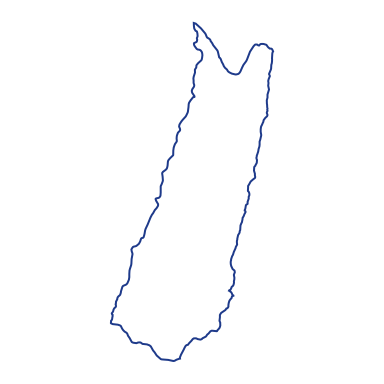 the district of Wiang Kaen, Chiang Rai, Thailand
{"feature_id": "78962969B86753630377250", "entity_name": "Wiang Kaen", "entity_type": "district", "adm_level": 2, "iso_a3": "THA", "parent_name": "Thailand", "parent_adm1": "Chiang Rai", "projection": "equal_earth", "projection_center": [100.476, 20.016], "detail": "fine", "context": "isolated", "style": "outline", "palette": "blue", "viewbox_px": 384, "rotation_deg": 0, "n_neighbors": 0, "source": "geoboundaries", "source_scale": "gbopen_adm2", "svg_char_len": 5990}
<svg xmlns="http://www.w3.org/2000/svg" viewBox="0 0 384 384"><path d="M131.4,249.4L131.7,251.2L132.4,253.3L132.5,254.2L131.6,259.1L131.4,263.5L131.2,265.0L129.9,269.0L129.5,270.6L129.3,273.9L129.3,277.2L128.9,279.7L127.4,283.2L126.5,284.3L125.7,284.8L123.5,285.7L122.9,286.1L122.4,286.8L121.0,291.3L120.8,292.8L120.2,294.7L119.6,295.4L118.4,296.4L117.7,297.3L117.3,298.4L117.3,299.1L116.0,301.7L115.9,303.5L115.6,304.2L115.9,304.9L115.9,306.6L115.3,307.4L114.6,307.9L114.0,308.7L113.5,309.7L113.2,311.1L112.9,311.8L111.8,313.3L112.0,314.1L112.7,315.0L112.5,315.6L112.6,316.2L112.3,317.6L112.2,318.5L112.0,319.5L111.6,320.2L111.1,320.7L110.9,323.1L111.0,323.3L112.7,324.1L117.9,324.7L119.7,325.3L120.6,325.8L120.9,326.1L122.1,328.6L123.2,330.2L124.6,331.6L126.4,332.7L126.9,333.2L127.3,333.8L128.0,335.7L129.6,338.0L131.7,341.9L131.9,342.1L133.2,342.7L135.9,343.1L136.6,343.1L138.1,342.5L139.5,342.4L140.6,342.5L142.5,343.9L147.0,344.4L149.4,345.3L150.8,346.4L153.1,350.5L154.6,352.3L156.7,355.5L160.8,359.1L161.8,359.4L168.2,359.9L173.3,361.0L174.6,360.8L176.5,359.7L179.4,358.7L180.0,358.6L179.9,358.1L179.9,357.5L181.0,354.7L183.5,350.0L184.7,347.5L185.7,345.8L186.6,345.1L187.9,344.8L189.1,343.2L191.5,340.7L192.7,339.1L193.8,338.4L195.5,338.3L196.3,338.4L197.7,339.1L199.4,339.4L200.3,339.6L201.1,339.4L201.9,339.0L202.5,338.3L205.8,336.6L206.4,335.9L207.2,334.6L208.5,333.6L210.3,331.4L211.4,330.8L212.0,330.7L216.8,331.2L217.1,331.0L217.5,330.2L218.1,329.6L219.4,328.1L220.0,326.7L220.3,325.4L220.2,322.5L219.7,321.4L219.5,320.8L219.9,317.4L219.9,315.0L220.1,314.6L220.8,313.4L221.3,312.8L225.0,310.3L225.4,310.0L226.4,308.5L227.2,308.3L228.0,307.5L228.4,306.6L228.4,305.0L228.7,303.1L229.0,302.0L229.4,300.8L230.1,299.7L231.6,298.0L231.9,296.6L232.1,296.3L232.4,296.0L233.4,295.8L233.4,295.5L232.8,295.1L232.3,294.6L231.9,293.5L231.5,292.7L230.9,292.0L229.9,291.3L229.7,291.0L229.0,290.7L229.2,290.3L230.5,289.7L231.3,288.1L231.4,287.6L231.7,286.9L232.9,285.9L233.5,284.9L234.0,282.8L233.9,281.3L234.3,279.5L234.4,277.7L233.9,275.2L233.9,274.7L234.8,272.3L234.6,270.9L234.3,270.4L232.7,269.1L232.4,268.6L231.8,267.2L231.4,266.5L231.1,265.5L230.8,264.2L230.7,262.5L230.8,261.1L231.1,260.2L231.1,259.3L232.1,256.3L233.0,254.7L233.8,252.0L235.5,248.3L235.8,247.0L237.1,244.6L236.9,242.4L236.9,241.0L237.3,239.5L237.3,238.7L238.1,235.1L239.3,233.2L239.6,232.5L239.7,231.2L240.2,230.1L240.5,225.4L241.3,223.4L241.9,222.3L242.5,219.3L242.6,217.9L243.6,216.3L244.4,214.2L245.5,212.2L245.5,211.4L245.3,211.1L244.7,210.6L244.7,210.2L244.8,209.9L245.3,208.8L245.9,205.3L246.4,204.6L247.4,204.1L247.6,203.6L247.6,201.8L248.7,198.7L248.7,196.8L249.3,195.4L249.4,194.1L249.2,193.0L248.6,191.6L248.0,191.1L247.9,190.5L248.1,187.7L248.1,186.0L249.1,184.4L250.7,181.5L253.2,179.3L254.7,178.2L255.1,177.7L255.2,176.8L254.9,175.4L254.9,173.7L254.0,170.7L254.2,167.4L254.4,166.7L255.3,165.8L255.8,164.5L256.5,163.5L256.8,162.5L257.0,160.0L256.5,158.6L256.4,157.8L256.7,156.7L256.8,155.6L257.4,154.0L258.2,151.5L258.6,149.0L259.4,146.5L259.6,144.8L259.6,141.6L260.2,139.8L261.2,135.5L261.2,134.7L260.7,131.9L260.7,129.2L261.0,127.0L261.3,126.1L262.0,124.8L262.6,123.3L263.3,121.9L263.6,120.3L263.8,119.9L265.3,117.9L267.0,116.3L267.4,115.5L267.4,114.5L266.9,113.4L266.8,112.6L267.0,111.8L267.5,110.9L267.4,110.3L267.2,109.8L267.5,108.7L267.2,107.3L267.1,104.8L266.9,103.6L266.8,100.2L267.5,97.6L267.5,94.6L269.0,89.5L268.2,85.7L268.5,83.0L268.2,81.0L268.7,79.0L269.8,76.3L269.7,75.5L269.1,74.3L269.1,73.8L270.8,69.7L271.1,68.7L271.3,64.9L271.8,63.2L272.0,61.5L272.1,59.1L272.0,58.6L272.3,53.6L272.5,52.6L273.1,51.4L272.8,51.0L272.8,50.6L272.6,50.2L271.9,49.0L271.1,48.6L269.8,48.6L268.4,47.5L267.6,46.6L266.6,45.1L266.3,44.8L263.7,44.0L262.3,43.9L260.8,44.0L260.2,44.3L259.1,45.5L258.3,45.4L257.2,44.6L256.8,44.5L255.6,44.5L255.0,44.7L254.4,45.3L253.5,46.3L250.0,51.7L246.9,59.8L246.1,61.3L243.5,64.8L242.2,67.4L240.4,71.5L239.6,72.7L238.9,73.5L238.1,74.0L235.9,74.5L234.7,74.3L231.8,73.6L229.4,72.4L228.4,71.7L227.7,70.9L227.0,69.6L224.9,67.7L223.7,65.9L223.2,64.5L221.8,62.0L220.7,59.0L219.9,57.9L219.2,57.4L217.9,51.8L217.4,50.5L213.2,45.2L212.2,43.2L210.6,41.0L210.4,40.2L210.0,39.5L208.8,38.5L207.2,37.6L206.7,36.8L205.7,34.3L205.1,33.3L201.0,28.4L195.7,23.6L193.8,23.0L193.9,25.8L194.2,28.3L194.7,29.4L195.6,30.8L196.8,31.4L197.0,31.8L197.4,33.5L197.6,35.8L197.5,36.6L196.9,38.0L196.9,38.7L197.2,39.7L197.0,40.9L196.7,41.7L196.4,42.0L194.1,43.1L193.9,43.8L194.1,45.0L194.7,46.2L196.7,48.9L197.7,49.5L199.1,49.7L200.0,50.0L200.6,50.4L201.2,51.1L201.8,52.0L202.1,52.9L202.3,54.1L202.4,55.3L202.1,57.7L201.7,59.6L201.2,60.4L198.2,63.1L196.7,64.9L196.4,65.5L196.3,66.9L196.2,67.6L195.1,69.3L194.9,69.8L195.0,72.6L193.7,76.7L193.4,78.5L193.6,80.5L193.6,83.0L194.2,84.9L194.2,85.8L193.9,86.8L192.3,89.2L191.8,90.7L191.9,91.8L192.2,92.8L194.4,96.1L194.5,96.8L194.3,97.0L193.4,97.0L192.8,97.6L190.5,100.5L189.1,102.7L188.7,104.1L188.5,107.1L187.9,111.7L187.6,112.7L186.1,115.8L185.6,116.6L182.7,119.8L181.5,121.3L180.7,122.5L179.5,124.5L179.3,125.4L179.1,126.4L179.2,126.9L179.9,128.5L180.1,129.5L180.1,130.0L180.0,130.4L179.7,130.9L178.3,132.3L177.9,132.8L177.0,135.3L176.8,136.1L176.6,138.4L176.8,140.5L176.8,141.2L176.6,141.7L174.9,144.2L174.1,146.4L173.7,147.7L173.3,150.5L173.2,155.0L173.0,155.4L170.3,158.0L168.8,159.7L168.2,160.6L167.9,161.7L167.6,165.4L167.3,167.0L166.8,168.6L165.6,169.9L162.9,171.9L162.2,173.0L162.2,173.7L162.6,176.5L162.9,180.3L162.7,181.4L161.6,184.3L160.8,186.0L160.7,186.6L160.7,192.6L160.5,195.4L160.3,196.1L159.8,196.9L159.3,197.5L158.5,197.9L156.2,198.4L155.9,198.6L155.6,199.0L155.7,199.5L156.1,200.7L158.1,204.1L158.1,205.3L157.9,206.0L156.6,208.1L154.8,210.1L153.1,213.2L151.9,214.8L150.5,217.5L147.7,224.4L145.6,228.9L145.1,230.5L144.6,233.5L144.2,235.2L143.6,237.2L143.0,237.8L142.0,238.0L141.3,238.4L140.9,239.1L140.2,241.4L138.9,243.8L136.4,245.9L135.3,246.3L133.8,246.6L133.1,246.9L132.4,247.7L131.4,249.4Z" fill="none" stroke="#1e3a8a" stroke-width="2"/></svg>